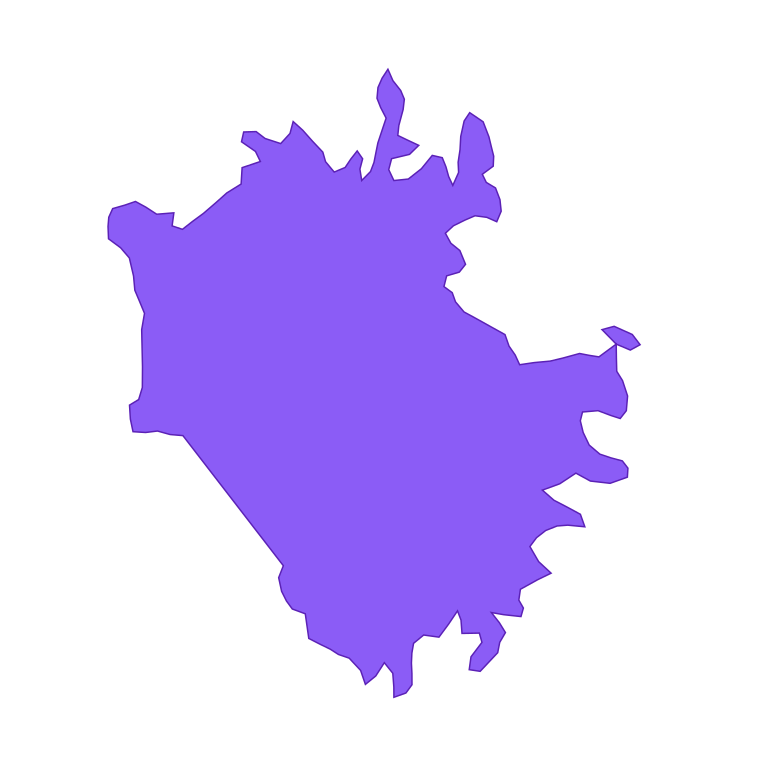 Alegria, Rio Grande do Sul, Brazil, rotated 84°
{"feature_id": "56859067B68819599415533", "entity_name": "Alegria", "entity_type": "district", "adm_level": 2, "iso_a3": "BRA", "parent_name": "Brazil", "parent_adm1": "Rio Grande do Sul", "projection": "mercator", "projection_center": [-54.067, -27.808], "detail": "fine", "context": "isolated", "style": "filled", "palette": "violet", "viewbox_px": 768, "rotation_deg": 84, "n_neighbors": 0, "source": "geoboundaries", "source_scale": "gbopen_adm2", "svg_char_len": 2757}
<svg xmlns="http://www.w3.org/2000/svg" viewBox="0 0 768 768"><g transform="rotate(84 384 384)"><path d="M368.6,148.9L379.5,167.4L376.9,177.1L374.1,186.3L376.9,203.4L378.6,216.4L378.4,232.2L379.0,247.1L368.9,250.5L359.4,255.7L347.5,258.5L338.4,271.5L328.9,285.0L320.7,296.9L309.8,304.3L300.3,306.6L293.4,314.2L283.0,310.4L280.6,297.4L273.5,290.4L259.2,294.6L251.0,302.8L240.5,307.2L233.9,298.4L229.4,286.2L226.2,275.9L229.0,264.3L234.4,254.9L224.4,249.4L212.8,249.4L200.7,252.6L194.2,261.2L185.7,264.3L178.8,252.6L168.9,251.1L158.3,252.6L149.2,253.8L133.6,258.0L123.1,270.4L130.8,276.8L145.8,281.8L158.9,283.9L171.2,287.1L181.4,287.7L193.7,294.8L184.5,298.0L174.5,299.7L165.0,302.4L161.7,312.1L173.8,324.3L182.7,338.4L182.7,352.9L171.3,356.9L160.7,352.9L158.3,334.6L150.3,324.5L143.6,335.6L138.2,344.3L128.4,342.2L113.1,336.3L102.9,334.0L93.9,336.7L83.3,343.4L71.4,347.2L79.6,353.9L88.5,359.0L99.1,361.1L108.8,358.4L119.8,354.1L133.9,360.5L143.6,364.9L152.2,367.6L162.6,370.8L171.3,375.2L179.3,384.9L167.8,385.5L157.8,381.7L149.4,386.3L156.8,393.5L164.6,400.0L168.0,411.4L156.8,418.9L147.0,420.6L135.1,429.7L123.1,438.3L113.5,446.9L125.0,451.3L134.1,461.6L127.4,476.6L119.6,484.8L118.7,497.2L128.2,500.4L139.3,487.5L149.8,483.7L154.0,502.5L170.2,505.2L177.5,520.3L186.0,532.1L195.5,545.8L202.4,557.6L209.1,568.3L204.6,578.2L191.8,575.1L191.4,592.3L183.2,602.4L176.5,612.1L179.0,623.0L181.2,635.5L189.4,640.3L198.5,642.0L210.8,642.8L221.0,631.7L232.0,624.1L250.4,621.8L264.7,622.0L275.9,618.6L288.7,614.8L304.6,619.3L341.8,622.4L362.2,624.7L373.8,629.6L378.4,639.3L392.4,639.9L405.2,638.6L407.3,626.2L407.1,614.2L411.9,602.0L414.3,589.4L554.2,503.1L565.6,509.0L579.5,507.5L589.6,503.7L598.2,498.7L604.3,486.3L618.2,485.8L629.2,485.4L636.3,474.5L642.1,465.2L648.2,457.6L653.0,447.3L666.4,437.2L680.8,433.9L673.5,422.7L661.2,412.8L672.6,405.5L686.5,405.9L696.6,406.9L693.6,394.5L686.0,387.6L675.0,386.5L664.4,385.9L654.5,384.4L645.0,381.7L637.8,370.8L641.5,355.8L629.6,344.9L617.3,334.6L626.8,332.1L640.2,332.5L641.7,315.2L651.2,313.6L664.4,326.0L677.0,329.1L679.8,318.4L663.1,299.0L653.0,295.9L643.9,289.2L633.5,294.2L622.5,301.1L625.9,289.2L629.6,272.1L621.4,268.8L613.0,272.5L602.4,269.8L594.8,251.9L589.6,237.6L576.8,248.8L560.9,255.9L552.8,248.4L546.6,238.5L543.3,226.7L543.6,216.0L547.0,199.2L534.1,202.3L525.6,214.7L517.4,227.1L506.1,237.6L501.6,219.6L492.7,202.5L502.1,188.9L506.4,169.5L502.1,151.7L493.2,150.2L485.4,155.0L481.1,166.2L476.3,176.7L466.2,186.3L453.0,191.0L441.1,192.6L432.6,189.5L432.9,173.9L439.1,161.5L443.0,152.7L435.9,145.8L421.4,143.0L405.6,146.4L395.7,151.2L382.9,150.2L368.6,148.9ZM368.6,148.9L376.0,135.5L371.7,125.2L360.7,131.9L350.7,149.1L352.7,161.5L368.6,148.9Z" fill="#8b5cf6" stroke="#5b21b6" stroke-width="1.5"/></g></svg>